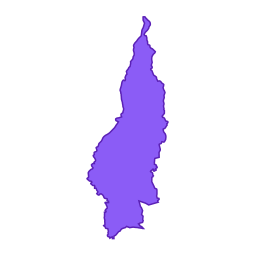 outline of San Jose, San José, Costa Rica, rotated 71°
{"feature_id": "36466004B17043328523941", "entity_name": "San Jose", "entity_type": "district", "adm_level": 2, "iso_a3": "CRI", "parent_name": "Costa Rica", "parent_adm1": "San José", "projection": "albers", "projection_center": [-84.106, 9.936], "detail": "fine", "context": "isolated", "style": "filled", "palette": "violet", "viewbox_px": 256, "rotation_deg": 71, "n_neighbors": 0, "source": "geoboundaries", "source_scale": "gbopen_adm2", "svg_char_len": 5746}
<svg xmlns="http://www.w3.org/2000/svg" viewBox="0 0 256 256"><g transform="rotate(71 128 128)"><path d="M181.3,119.6L180.5,119.8L179.0,119.5L178.1,119.6L177.4,120.0L176.9,120.7L176.6,120.9L176.4,120.9L176.1,120.6L175.8,120.0L175.5,118.5L175.1,118.2L175.0,117.9L175.1,117.6L175.3,117.4L176.2,117.8L177.2,117.6L177.3,117.4L177.3,116.9L177.0,115.8L177.0,115.2L176.9,115.0L176.7,115.0L176.4,115.8L176.0,115.8L175.9,115.7L175.3,114.9L175.1,113.6L174.7,113.2L174.1,113.2L173.3,113.7L173.0,113.7L172.6,113.3L172.2,113.4L171.8,113.7L170.9,114.8L170.5,114.6L168.9,114.2L168.0,113.7L166.7,113.2L165.5,112.5L165.9,108.1L161.2,106.6L159.4,104.7L158.5,104.4L154.0,104.0L153.7,103.9L153.4,103.6L153.5,102.0L153.4,101.6L152.0,100.4L152.9,98.9L152.9,98.1L151.2,96.2L149.1,95.2L147.9,94.8L147.0,94.7L145.8,94.7L143.4,95.5L141.5,95.4L140.5,95.1L140.4,94.9L140.4,93.4L139.6,92.1L139.3,91.9L138.3,90.6L138.0,90.1L136.6,89.9L136.5,89.5L136.2,89.0L135.9,88.6L135.4,88.3L134.9,88.3L134.4,88.8L134.1,89.7L132.5,90.2L131.0,90.3L130.2,90.6L129.8,90.8L129.3,91.3L129.2,91.8L128.2,91.9L127.8,91.7L126.8,90.0L126.4,89.5L126.2,89.0L125.9,88.8L123.3,87.9L122.2,88.2L121.6,87.7L119.8,87.5L118.6,87.2L117.3,86.3L116.5,86.0L114.0,85.8L112.7,85.1L111.6,84.2L110.9,83.8L109.0,83.4L106.6,81.5L104.5,81.5L103.5,81.8L101.4,81.7L101.0,81.6L100.4,81.0L99.5,80.6L98.9,80.1L98.3,80.1L97.9,80.3L96.8,81.2L94.6,82.0L94.3,82.2L93.7,82.9L93.4,84.6L92.1,84.7L91.5,84.9L90.5,84.9L89.9,84.7L89.1,84.6L87.5,85.6L86.9,86.2L86.5,86.4L85.5,86.6L81.7,86.7L81.1,86.9L80.7,87.4L80.1,87.4L79.7,87.4L79.5,87.2L79.3,86.9L79.1,85.7L78.4,85.3L77.4,85.3L77.0,85.7L76.7,85.7L75.4,85.0L73.9,83.8L70.9,83.3L70.1,83.0L68.4,82.2L67.9,81.8L67.9,81.6L67.1,80.8L66.5,80.0L65.6,78.0L65.3,77.8L64.7,77.3L61.0,79.2L60.7,79.7L60.3,79.8L59.9,80.4L59.4,80.7L58.0,80.8L57.5,80.5L56.7,80.6L55.6,82.0L54.1,81.9L53.2,81.5L52.8,81.4L51.0,81.5L48.6,80.8L46.8,80.8L46.5,81.0L46.3,81.8L45.3,82.3L44.9,82.3L44.3,81.9L43.1,80.4L41.9,77.9L40.6,76.1L39.1,75.1L38.2,73.9L37.9,73.5L37.2,73.1L36.0,72.8L34.7,72.9L32.8,73.8L32.3,74.4L31.1,74.7L29.8,75.4L28.7,75.6L28.0,76.6L27.9,77.6L31.0,78.6L34.2,78.2L38.0,80.9L39.4,82.4L40.3,83.1L44.0,84.9L45.0,85.5L45.6,86.2L45.8,86.9L46.5,88.4L47.6,90.2L48.5,91.3L49.9,93.9L51.4,95.6L52.1,96.0L53.8,96.1L55.2,97.1L56.5,97.6L58.9,97.7L59.9,98.0L61.1,98.5L62.3,99.9L64.2,100.9L66.1,104.0L67.5,104.3L70.6,106.1L70.6,106.5L71.2,107.6L72.3,108.7L73.0,109.7L73.0,109.9L73.3,110.2L73.9,111.1L75.1,111.2L76.8,111.5L77.1,112.3L77.5,112.8L79.0,114.1L79.2,114.3L79.9,114.3L80.2,114.5L80.8,114.5L81.6,114.8L82.2,115.3L82.2,115.7L81.3,116.4L81.2,116.8L81.4,117.3L81.8,117.8L82.6,118.7L83.6,119.3L85.8,120.5L88.8,122.7L89.8,123.2L91.8,123.2L92.9,123.5L94.0,123.5L95.2,123.9L95.8,124.0L98.7,124.8L102.3,125.0L103.3,125.3L104.5,125.4L106.1,125.8L107.9,125.8L108.5,125.9L109.6,126.4L110.7,127.3L111.7,127.8L112.0,128.1L112.2,129.1L112.4,129.7L112.9,130.2L113.3,130.4L115.4,130.4L115.4,133.0L115.3,134.0L115.1,134.8L115.1,135.7L115.3,136.5L115.6,136.8L116.0,136.9L117.0,137.0L117.4,136.7L119.0,135.1L119.3,135.5L120.3,136.5L121.0,137.7L121.5,138.3L121.7,138.6L122.1,139.0L123.4,140.7L126.6,147.0L127.3,149.6L127.6,151.7L128.3,153.6L129.3,155.1L130.6,156.2L131.8,157.6L133.2,160.5L135.2,161.9L135.6,162.3L135.9,162.8L135.9,164.0L136.3,164.6L138.3,164.6L139.3,164.8L139.7,165.3L139.9,165.9L139.9,167.4L140.1,167.9L140.7,168.2L142.2,168.5L142.3,168.8L142.5,169.6L142.8,169.9L144.0,169.9L145.2,169.4L146.9,169.1L147.8,169.1L148.4,169.4L148.9,169.9L149.1,170.8L149.4,171.3L150.6,171.4L150.2,172.3L150.3,173.4L151.0,174.6L152.7,174.6L153.6,174.2L153.9,174.1L154.3,174.1L154.6,174.3L155.0,174.8L155.1,176.4L155.7,177.8L156.3,179.0L157.1,180.0L158.1,180.4L159.7,180.7L161.4,181.2L161.9,181.6L162.2,182.8L162.5,183.2L163.3,183.1L164.6,182.2L165.6,181.7L166.2,180.4L166.7,179.9L167.6,179.9L167.8,180.2L167.9,180.8L168.3,181.2L168.5,181.3L168.9,181.2L169.6,180.7L170.8,180.1L171.2,179.3L171.3,178.6L171.9,178.3L172.3,178.3L172.8,178.8L174.1,179.2L174.2,178.7L174.7,177.8L176.7,177.8L178.2,177.3L178.6,177.3L178.8,177.4L179.9,178.9L180.9,178.5L181.7,177.8L181.9,177.4L181.8,176.5L181.2,175.8L181.7,174.6L183.4,173.6L184.3,173.4L185.9,173.3L186.6,173.1L187.2,172.5L187.6,171.6L188.1,170.8L188.8,170.8L189.5,171.4L189.8,171.4L190.1,171.4L190.9,170.3L192.2,170.6L192.0,171.5L191.6,172.4L191.3,172.8L190.9,173.7L191.1,174.0L191.9,174.0L192.5,173.6L193.8,173.6L195.1,173.4L196.0,173.4L197.0,173.8L197.6,175.3L198.4,176.4L199.4,175.9L199.9,176.0L200.2,176.3L200.3,176.5L200.3,176.9L199.9,177.4L199.9,177.7L201.7,178.1L202.5,178.6L203.7,178.8L204.6,179.5L206.1,179.8L207.6,179.9L208.8,180.4L211.4,181.1L212.3,181.6L212.2,182.4L212.3,182.8L212.7,182.7L213.6,182.0L214.6,181.8L215.4,181.8L215.7,181.6L216.6,179.9L217.9,180.0L219.6,180.3L220.4,181.0L221.0,181.0L221.8,181.3L222.1,181.5L222.5,182.3L223.3,182.5L223.8,182.4L224.3,182.1L224.6,181.5L225.2,181.1L226.3,181.0L226.2,180.7L225.9,180.2L225.8,179.8L225.9,178.4L227.5,178.8L228.0,177.3L226.6,176.9L225.6,176.3L225.5,176.0L225.4,174.7L224.8,173.6L223.1,170.9L222.9,170.3L222.9,169.1L221.7,167.6L221.4,167.0L221.2,165.6L221.3,162.8L220.6,161.3L221.4,160.4L221.8,160.2L221.9,159.7L222.8,158.9L223.2,156.3L223.5,155.1L224.3,153.6L225.2,151.4L225.9,150.3L227.2,147.6L227.9,146.7L228.1,146.1L225.6,147.2L224.9,148.1L224.1,148.8L223.7,148.5L222.1,149.3L221.8,147.7L222.0,145.0L220.5,143.8L219.3,143.9L216.3,142.5L214.2,143.3L210.9,141.1L207.5,141.3L206.4,141.8L200.5,141.4L204.8,135.9L207.5,133.5L208.0,123.6L207.2,123.8L206.4,123.6L206.2,123.5L206.1,122.8L205.4,121.7L204.6,121.7L203.8,123.2L201.7,123.1L199.8,122.1L195.9,120.8L195.0,120.8L193.5,122.4L191.7,122.4L186.5,123.0L182.4,121.5L182.1,120.2L181.3,119.9L181.3,119.6Z" fill="#8b5cf6" stroke="#5b21b6" stroke-width="1.5"/></g></svg>